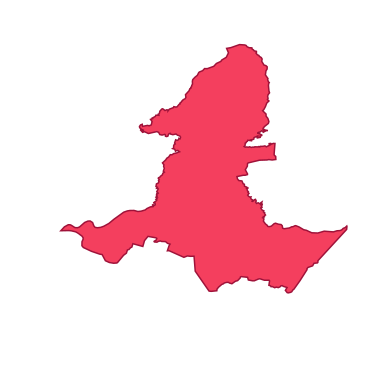 Purificación, Tolima, Colombia (Equal Earth projection), rotated 252°
{"feature_id": "7082276B94400039413071", "entity_name": "Purificación", "entity_type": "district", "adm_level": 2, "iso_a3": "COL", "parent_name": "Colombia", "parent_adm1": "Tolima", "projection": "equal_earth", "projection_center": [-74.879, 3.877], "detail": "fine", "context": "isolated", "style": "filled", "palette": "rose", "viewbox_px": 384, "rotation_deg": 252, "n_neighbors": 0, "source": "geoboundaries", "source_scale": "gbopen_adm2", "svg_char_len": 6082}
<svg xmlns="http://www.w3.org/2000/svg" viewBox="0 0 384 384"><g transform="rotate(252 192 192)"><path d="M317.5,282.8L317.3,273.5L317.9,269.3L313.1,269.7L309.5,266.2L308.3,261.0L307.3,259.8L306.7,254.9L304.8,251.5L304.6,244.6L305.5,242.1L304.1,239.6L303.9,236.5L303.6,235.4L301.3,233.1L300.2,230.2L298.7,227.5L297.3,226.6L294.4,225.8L293.5,224.7L292.3,224.1L291.9,223.2L291.1,223.0L290.9,221.9L289.2,220.5L286.6,215.9L283.8,215.4L282.8,214.2L282.5,212.0L281.7,211.1L281.6,210.2L280.7,209.4L280.2,207.9L279.5,207.9L279.3,206.7L277.6,204.1L277.8,202.8L278.8,201.1L278.0,200.3L277.8,196.1L276.6,194.3L277.4,194.6L278.0,193.3L277.8,191.5L279.7,190.3L280.3,189.6L280.2,188.8L278.8,186.4L276.6,185.1L276.4,183.9L275.2,184.1L276.2,181.4L275.2,180.4L274.6,177.0L274.0,177.2L273.9,175.0L271.4,175.8L268.4,174.0L268.2,171.7L269.1,170.3L269.7,165.3L271.8,165.6L271.7,163.8L270.6,162.3L269.3,162.1L267.8,163.0L267.1,162.5L266.6,164.2L265.8,164.9L265.4,164.6L265.7,162.7L264.0,163.5L264.0,165.5L261.1,168.6L260.3,177.2L259.0,178.7L256.6,179.1L255.4,181.1L255.2,184.0L254.7,184.3L253.2,184.0L252.6,184.9L252.5,186.2L254.3,187.7L254.6,188.6L254.5,189.4L253.8,189.4L252.4,191.5L252.1,194.7L250.5,195.8L249.1,197.7L247.7,198.1L246.3,197.1L247.0,196.1L246.4,196.0L245.7,194.5L245.7,193.7L246.7,192.6L244.0,190.6L242.9,190.9L242.7,189.8L241.8,188.9L239.4,188.0L239.2,187.1L238.0,188.8L235.9,188.9L236.2,189.9L235.9,191.4L234.1,192.6L233.9,188.8L234.2,186.5L233.6,184.4L234.2,182.9L232.5,180.6L231.9,178.4L230.7,177.0L228.8,172.9L226.5,173.7L225.1,172.9L223.1,173.0L220.6,171.1L219.4,171.8L218.9,170.1L217.5,169.1L216.7,166.8L216.0,165.9L215.9,164.5L215.2,164.1L214.0,164.7L213.1,163.6L212.2,163.8L211.0,162.8L210.7,160.7L208.3,159.4L207.3,160.5L206.4,159.5L206.1,160.6L205.3,160.8L203.2,158.6L201.3,159.5L201.0,158.9L201.7,158.4L200.7,157.5L199.7,157.7L199.2,156.9L198.6,157.3L198.1,156.2L197.1,157.2L196.2,155.4L195.4,156.1L194.9,155.8L193.7,152.3L193.3,152.3L192.8,153.4L191.2,153.1L191.0,152.3L192.0,150.8L191.8,150.4L190.5,151.1L190.1,150.6L190.7,147.9L190.2,144.0L189.4,142.0L189.5,137.7L190.2,134.5L192.4,131.1L193.6,127.2L194.0,124.5L193.9,120.8L190.2,109.3L187.8,103.3L186.7,97.6L186.6,94.3L187.2,91.1L188.3,88.9L190.1,88.2L193.7,88.0L195.9,86.2L196.5,84.0L196.2,80.5L193.5,74.2L193.4,72.1L194.3,69.7L197.7,66.9L198.6,65.8L199.1,64.2L198.3,59.9L195.7,55.3L193.4,62.9L192.4,65.2L190.1,69.0L188.4,70.6L184.1,73.7L182.2,74.3L180.8,73.9L178.7,72.0L174.9,70.7L172.8,71.5L166.7,78.0L161.5,84.9L160.3,87.2L153.4,88.4L150.5,91.6L148.5,95.4L147.7,98.6L148.0,99.5L153.0,107.4L154.1,110.7L156.9,112.7L156.8,114.3L158.0,116.3L158.2,117.8L161.1,119.8L155.4,128.4L160.4,131.8L163.4,136.4L159.6,143.5L158.8,144.2L157.4,143.2L156.8,140.7L156.1,140.8L155.1,143.2L155.4,144.3L155.3,146.7L154.4,147.7L153.0,151.5L150.7,152.9L149.2,155.0L147.9,153.5L143.7,150.4L143.3,152.0L132.4,164.1L132.6,167.9L131.3,170.7L130.3,174.1L115.7,170.6L92.5,177.6L91.6,179.5L90.4,185.1L91.8,185.7L93.2,187.7L94.9,191.8L95.0,193.6L95.5,194.6L95.3,197.3L94.7,198.9L93.9,199.4L92.4,201.6L93.7,205.7L93.6,208.0L95.3,211.2L96.2,211.8L96.3,212.7L93.7,218.5L90.9,218.4L88.8,222.2L88.3,223.8L88.7,228.3L88.5,229.7L85.7,233.6L84.3,238.0L83.5,238.3L79.5,236.3L78.5,237.7L77.5,237.9L77.2,239.2L75.4,241.1L75.5,242.8L74.4,244.5L74.6,246.4L75.3,247.6L75.0,249.0L74.1,249.6L71.8,252.9L69.6,250.4L66.9,251.4L66.3,252.4L66.1,254.8L66.3,256.0L67.7,257.7L68.0,258.8L74.3,267.3L82.6,277.4L83.4,277.5L84.4,278.9L84.5,283.9L86.5,286.0L85.8,289.3L86.1,289.9L87.8,290.6L108.6,327.5L111.3,328.7L111.8,328.7L110.8,326.6L110.7,324.6L109.7,322.7L109.6,320.7L110.3,318.0L110.4,314.1L113.9,305.6L114.1,299.0L116.2,293.3L120.2,289.0L121.6,286.6L125.7,283.0L127.9,280.3L128.1,279.5L127.8,277.4L128.1,276.0L127.7,273.5L128.6,268.3L129.6,267.0L132.0,267.4L133.5,266.7L134.7,264.2L136.5,261.8L136.5,260.3L135.0,256.9L135.2,254.7L135.9,253.4L137.2,253.2L138.9,252.0L142.2,250.9L144.0,252.0L144.9,252.0L145.6,251.3L145.8,251.9L146.5,252.2L146.0,253.2L147.1,253.8L147.4,254.8L149.3,254.3L149.8,254.7L150.9,253.8L152.0,254.5L152.8,253.3L155.5,252.4L155.9,252.8L155.8,253.8L156.9,253.8L158.7,255.1L159.1,254.9L158.9,254.0L160.9,255.4L160.6,254.3L159.7,253.0L161.3,251.6L161.2,249.8L162.7,249.4L163.6,250.3L165.4,250.1L165.4,249.2L164.3,246.8L164.6,246.3L165.6,247.3L166.9,246.1L168.4,246.0L169.1,246.6L169.4,245.4L170.4,244.5L171.8,244.0L173.1,245.8L174.2,245.1L174.9,245.7L175.9,245.1L177.5,245.2L178.0,245.5L178.7,247.0L178.8,245.0L179.8,245.5L181.2,243.7L183.2,244.2L184.0,243.2L187.1,242.9L188.4,240.1L190.3,239.3L192.8,239.5L192.1,245.9L191.5,247.7L191.4,250.1L192.0,250.4L196.7,249.6L199.4,252.6L201.9,253.6L202.3,254.5L201.4,266.0L199.3,273.2L199.1,275.1L197.7,278.1L197.0,281.8L200.0,282.6L201.4,281.7L202.4,281.7L212.5,285.9L213.1,284.3L213.0,282.5L213.9,281.9L214.2,280.3L213.9,280.2L213.5,281.5L212.7,281.3L212.0,276.7L213.3,275.6L213.5,273.7L214.3,271.0L213.9,270.4L214.6,269.6L214.4,269.0L215.6,265.6L215.4,264.8L215.9,263.9L216.1,262.1L217.2,260.8L217.2,259.2L217.9,258.1L218.2,256.6L219.1,255.6L219.8,256.8L222.1,257.8L222.1,258.6L222.9,259.3L223.1,260.3L224.0,261.0L222.3,264.5L222.7,264.8L223.6,263.0L223.1,266.6L223.2,267.1L224.6,267.8L225.0,272.0L223.8,271.6L223.3,270.2L222.9,273.8L223.5,274.2L224.1,274.0L224.2,275.8L224.6,276.0L226.6,274.2L227.5,272.7L228.0,272.9L228.2,273.5L228.0,275.4L228.7,277.1L228.0,278.1L226.8,278.2L227.4,281.3L227.0,283.2L228.4,280.6L228.5,279.5L229.1,280.0L229.8,278.9L230.7,279.4L231.9,281.3L233.6,285.8L235.2,286.9L238.6,286.9L241.2,285.9L243.3,286.5L247.5,284.3L248.1,285.7L250.6,288.3L253.4,290.5L254.8,293.3L256.6,292.3L257.6,293.3L259.4,293.4L261.0,294.4L262.4,296.4L264.3,296.4L269.7,297.6L271.4,298.4L272.2,299.3L273.3,298.7L275.7,298.7L276.4,299.3L280.7,298.0L284.4,299.8L285.7,301.4L287.8,302.2L289.3,301.4L290.5,299.7L293.0,299.1L294.8,298.7L296.8,299.8L298.5,299.4L300.1,298.0L301.2,297.8L302.4,296.5L304.4,295.8L305.1,296.6L305.9,296.7L307.0,294.8L308.3,294.3L309.2,293.4L310.6,293.5L311.6,290.9L313.2,289.2L314.6,288.8L315.5,287.7L317.5,282.8Z" fill="#f43f5e" stroke="#9f1239" stroke-width="1.5"/></g></svg>